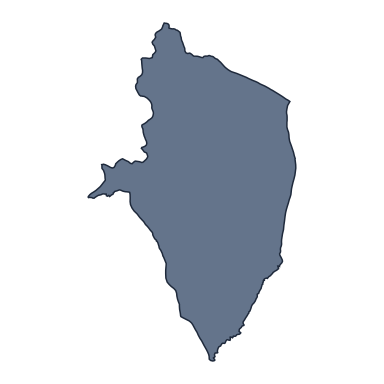 Preah Sdach, Prey Vêng, Cambodia
{"feature_id": "14789045B92288300467982", "entity_name": "Preah Sdach", "entity_type": "district", "adm_level": 2, "iso_a3": "KHM", "parent_name": "Cambodia", "parent_adm1": "Prey Vêng", "projection": "mercator", "projection_center": [105.359, 11.079], "detail": "fine", "context": "isolated", "style": "filled", "palette": "slate", "viewbox_px": 384, "rotation_deg": 0, "n_neighbors": 0, "source": "geoboundaries", "source_scale": "gbopen_adm2", "svg_char_len": 5990}
<svg xmlns="http://www.w3.org/2000/svg" viewBox="0 0 384 384"><path d="M164.2,23.0L162.8,25.9L162.7,26.6L161.6,29.1L159.1,30.9L156.9,32.1L155.6,33.4L155.1,34.9L155.7,37.2L154.4,39.4L153.1,40.7L152.1,42.2L152.8,44.2L154.4,46.0L154.8,47.3L155.9,50.9L155.3,52.1L154.4,53.2L152.8,54.6L152.5,56.2L152.3,57.6L149.4,58.5L145.7,58.0L142.5,58.0L141.2,59.3L141.7,60.8L141.7,62.0L141.9,64.6L142.2,67.9L142.6,70.6L142.5,72.8L141.8,74.7L140.1,76.3L138.3,77.4L137.3,79.0L137.4,80.7L137.4,82.6L136.0,84.6L135.6,86.2L135.9,88.6L136.9,90.5L137.8,92.3L139.1,94.6L139.5,95.1L140.7,96.0L141.5,96.0L143.0,96.3L144.2,96.4L145.5,97.1L147.0,98.0L148.2,99.1L149.7,100.6L150.9,102.3L151.6,104.0L151.9,105.7L151.8,108.0L152.3,109.5L153.3,112.0L153.4,113.6L153.0,115.7L152.2,117.5L151.1,118.5L149.6,119.6L148.5,120.2L147.2,121.6L145.7,122.8L144.5,123.6L143.0,124.4L142.0,125.0L141.8,126.0L142.2,127.5L142.8,128.7L143.1,130.4L143.2,132.1L143.7,134.3L144.3,136.3L144.8,137.4L145.5,139.4L146.4,141.2L146.8,143.2L146.4,145.0L145.2,146.1L143.6,146.9L141.7,147.5L141.4,148.5L142.2,149.1L143.8,151.3L144.4,152.0L145.4,152.4L146.6,153.0L147.3,154.9L147.7,156.1L147.7,156.9L147.1,158.0L146.3,159.2L143.3,162.0L141.9,162.5L139.5,161.7L135.4,161.1L134.6,161.4L133.4,162.4L132.1,163.7L130.5,163.4L128.3,161.6L125.8,160.5L122.6,158.8L121.0,159.4L119.0,160.7L117.5,162.0L115.7,163.8L115.3,165.4L114.0,167.5L112.3,168.0L110.7,167.5L107.6,165.8L105.2,164.7L103.4,164.2L102.5,164.5L101.7,164.6L102.0,165.6L101.9,166.1L102.0,167.1L101.9,167.9L102.1,168.6L103.4,170.2L104.0,171.7L104.6,173.5L104.9,175.0L105.1,178.3L105.3,179.4L105.2,180.4L103.4,182.6L102.2,184.2L100.2,186.7L96.0,190.4L93.5,192.1L91.5,193.3L89.9,194.6L88.3,196.5L88.2,197.2L88.5,197.6L89.6,197.4L91.9,197.6L92.7,198.1L94.1,198.2L94.9,197.5L96.7,196.3L98.4,195.3L100.0,195.0L101.4,194.6L102.4,194.0L103.6,193.9L105.1,194.1L106.2,194.1L106.4,195.7L107.4,196.2L108.8,195.4L109.5,196.5L110.2,196.1L111.6,194.8L112.8,194.4L113.4,193.5L113.3,192.9L114.1,192.3L114.6,191.5L117.1,190.8L118.3,190.3L119.5,189.9L120.5,190.1L123.0,191.2L125.3,191.7L126.9,191.8L129.0,192.1L129.7,192.4L130.1,194.5L130.2,198.0L130.1,201.6L130.5,204.6L132.0,208.0L134.1,211.0L137.1,213.9L139.8,217.5L142.5,220.4L143.6,221.5L144.4,222.7L145.5,224.5L147.4,226.4L148.8,228.1L150.4,230.3L151.6,231.6L152.4,232.6L152.7,233.6L152.8,234.9L153.6,236.7L154.7,238.7L155.6,239.6L156.5,240.3L156.4,241.0L157.2,241.6L157.6,242.3L158.0,243.2L158.4,244.6L159.0,246.5L159.2,247.9L159.9,249.1L160.7,250.1L162.3,253.5L162.9,255.9L163.6,257.1L164.3,258.8L166.2,263.5L166.1,265.5L165.7,270.4L165.7,273.7L165.9,278.1L167.2,282.1L169.1,284.4L171.3,286.5L173.9,288.5L175.7,290.5L176.6,293.2L176.9,296.1L177.5,299.0L178.5,302.0L179.4,304.2L179.4,306.1L179.6,309.4L180.1,312.0L180.4,313.8L180.6,315.8L180.9,316.6L182.7,317.6L186.2,319.4L189.0,320.8L190.2,321.7L191.6,323.0L192.8,324.8L195.5,329.8L197.1,332.4L198.2,335.0L199.9,338.2L201.7,340.9L204.1,345.5L206.6,349.9L207.7,352.1L208.7,354.5L209.1,356.2L209.2,357.8L209.2,358.4L209.3,359.3L210.1,360.0L210.7,360.5L212.8,361.0L214.2,360.7L214.8,360.2L214.6,359.3L213.6,358.4L213.5,357.7L214.5,357.2L215.0,356.6L214.7,355.9L214.5,354.4L215.1,353.1L216.1,352.9L217.0,353.0L217.7,352.6L217.4,351.5L217.5,350.2L218.0,348.5L218.8,346.9L219.6,346.4L220.6,346.0L221.0,345.2L221.5,344.3L222.2,343.4L223.1,343.2L224.3,343.4L225.2,342.9L225.7,341.4L226.6,340.0L227.5,339.7L228.6,340.1L230.0,340.3L230.4,339.1L230.1,337.2L230.8,337.0L231.8,337.4L232.5,337.8L232.9,337.4L233.2,336.3L233.6,336.1L234.9,336.3L235.7,336.1L236.7,334.8L237.8,334.4L239.1,334.3L240.1,333.7L240.6,333.2L240.7,332.6L239.9,332.1L239.1,331.5L239.2,330.0L239.5,329.0L241.3,327.4L242.0,326.1L243.9,325.4L244.0,324.9L243.5,324.2L243.1,323.1L243.1,322.2L243.5,321.3L244.0,320.6L244.8,319.4L245.4,318.3L247.3,315.4L248.1,313.9L248.8,313.1L248.9,311.8L249.7,311.3L250.0,310.8L250.3,310.0L250.9,308.4L251.6,306.0L252.4,304.5L253.9,303.0L255.2,301.1L256.3,298.4L256.9,297.6L257.3,296.5L257.3,295.6L257.2,294.7L257.4,294.0L258.6,293.5L259.0,292.2L259.7,290.7L260.7,289.1L261.2,288.2L261.3,287.4L261.7,286.2L262.1,284.6L262.9,284.0L262.6,283.0L263.3,282.0L263.2,281.3L263.4,280.5L264.3,280.4L264.0,279.4L264.9,278.6L266.5,278.1L267.5,278.4L267.8,277.8L268.2,277.4L269.0,276.5L270.6,275.6L271.5,274.3L272.5,273.6L272.9,272.6L274.6,271.4L275.7,270.7L276.7,270.3L277.4,269.5L278.6,268.7L277.8,266.1L278.5,266.1L279.5,266.5L279.5,265.7L280.4,264.4L281.9,262.7L282.5,261.3L282.3,260.0L281.2,257.6L279.8,255.1L279.6,253.7L280.4,252.4L280.6,251.0L280.4,249.2L280.6,247.6L281.3,245.8L281.6,244.1L281.5,241.8L281.6,239.6L282.5,233.8L283.5,229.6L283.9,225.1L284.5,221.0L285.0,216.7L285.6,212.7L286.4,209.4L287.4,206.0L288.3,203.2L289.3,199.5L290.2,197.0L290.9,194.6L291.5,188.9L292.1,186.1L293.0,182.3L294.0,178.8L294.9,175.1L295.8,168.2L295.7,164.7L295.2,160.6L295.0,159.3L295.2,158.6L294.3,155.8L293.5,152.3L291.3,145.7L289.7,141.4L289.1,138.1L288.9,134.7L288.5,132.2L287.5,129.5L286.9,127.0L286.9,122.3L287.1,120.6L287.1,117.2L287.0,115.3L286.6,113.6L286.5,111.7L286.9,109.0L287.6,105.5L289.1,102.9L289.9,101.5L287.9,100.1L286.3,99.3L284.7,98.2L282.6,96.7L279.0,94.4L272.5,90.4L270.9,89.6L268.9,88.3L264.9,86.1L260.2,84.0L257.7,82.5L255.3,81.4L253.2,80.6L248.7,78.6L246.4,77.4L236.9,73.5L233.3,72.3L231.5,71.7L230.7,71.3L228.1,69.7L226.2,68.2L224.7,66.9L220.5,62.2L219.3,61.2L217.4,59.3L216.2,58.9L214.9,58.2L213.3,56.8L212.3,56.4L211.3,56.3L210.1,55.8L209.1,55.5L207.2,56.2L206.4,56.1L205.2,56.1L204.0,56.4L202.9,57.6L201.2,57.4L200.4,57.1L198.8,56.6L197.7,56.3L196.0,56.2L195.1,56.2L194.0,56.2L193.0,55.6L192.0,54.6L191.1,53.9L189.8,53.1L187.6,53.5L186.0,52.9L184.9,51.0L184.7,48.2L184.0,46.7L183.3,44.6L182.6,42.5L181.7,40.5L181.4,39.4L181.1,37.3L180.6,36.1L180.3,33.9L180.0,32.4L178.2,30.9L177.2,30.2L176.3,30.1L174.9,29.1L173.6,28.8L172.5,28.9L171.1,28.7L169.9,28.3L169.2,28.3L168.9,27.7L169.1,26.7L169.1,25.8L168.9,24.9L168.2,24.0L166.9,23.4L164.9,23.2L164.2,23.0Z" fill="#64748b" stroke="#1e293b" stroke-width="1.5"/></svg>